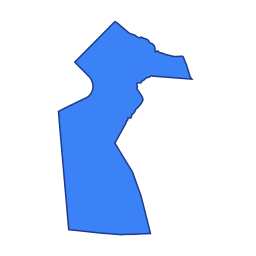 the district of Suba North, Nyanza, Kenya, rotated 265°
{"feature_id": "3690345B53890832325743", "entity_name": "Suba North", "entity_type": "district", "adm_level": 2, "iso_a3": "KEN", "parent_name": "Kenya", "parent_adm1": "Nyanza", "projection": "albers", "projection_center": [34.283, -0.505], "detail": "fine", "context": "isolated", "style": "filled", "palette": "blue", "viewbox_px": 256, "rotation_deg": 265, "n_neighbors": 0, "source": "geoboundaries", "source_scale": "gbopen_adm2", "svg_char_len": 2861}
<svg xmlns="http://www.w3.org/2000/svg" viewBox="0 0 256 256"><g transform="rotate(265 128 128)"><path d="M31.9,60.1L25.5,92.8L24.4,99.6L23.2,106.8L22.3,112.0L22.2,117.3L21.6,124.2L21.3,133.6L20.9,141.2L58.9,135.1L65.0,133.5L70.1,132.2L83.8,128.6L88.2,126.4L98.0,121.5L106.3,117.4L114.1,113.6L132.5,126.0L133.6,126.6L134.6,127.1L135.3,127.4L135.7,128.2L136.5,128.6L138.1,128.7L138.0,129.7L137.7,130.6L137.7,131.4L138.3,132.2L139.3,132.6L140.1,132.8L141.1,132.9L141.5,133.8L142.3,134.9L143.5,136.0L146.0,137.5L147.7,139.7L148.9,141.0L151.2,143.2L154.3,145.3L155.8,145.3L157.2,145.1L158.6,144.5L160.2,143.6L161.1,143.2L162.7,142.3L164.2,141.5L165.2,140.8L166.1,140.4L166.7,140.6L167.5,140.8L168.4,140.8L169.3,140.8L170.2,140.6L171.0,140.5L171.6,140.6L171.7,141.0L171.8,141.5L172.1,142.1L172.3,142.7L172.0,143.6L171.7,144.6L172.2,145.0L172.6,145.4L173.4,146.0L174.0,147.0L174.4,147.9L174.7,148.4L174.9,148.8L175.3,149.1L175.5,149.4L175.8,149.9L176.3,150.5L176.7,151.3L176.6,152.4L176.7,153.0L176.8,153.7L177.0,154.1L177.4,154.5L177.8,155.3L178.1,156.1L177.6,156.8L177.2,159.1L171.1,195.9L173.7,194.3L175.2,194.1L176.7,193.7L178.5,193.3L179.6,193.1L180.5,192.9L181.5,192.7L182.9,192.4L184.4,192.0L185.7,191.8L187.2,191.3L188.2,190.9L189.2,190.6L190.2,190.3L191.5,190.0L193.0,189.6L194.5,188.9L194.9,187.6L194.9,186.1L194.9,184.7L195.0,183.3L195.0,182.2L195.1,181.1L195.5,179.5L195.8,177.9L196.0,177.4L196.2,176.9L196.7,175.8L196.9,174.8L197.5,173.3L197.9,172.2L198.2,171.1L199.1,169.8L199.7,168.3L200.0,167.0L200.6,165.7L201.0,165.4L202.0,164.8L202.2,163.5L201.9,163.2L201.3,162.2L201.7,161.7L202.7,161.7L203.1,161.8L203.4,161.8L204.4,161.8L204.9,161.8L205.5,161.7L206.7,161.6L207.8,161.2L208.1,161.0L208.4,160.8L209.2,160.1L209.9,159.3L210.5,158.1L211.0,157.1L211.9,156.6L212.8,156.3L213.2,156.0L213.6,155.8L214.4,155.1L214.9,154.1L215.1,153.7L215.2,153.4L215.6,152.5L215.8,152.0L216.0,151.5L216.4,150.8L216.8,150.1L217.0,149.5L217.5,148.9L217.3,148.5L216.7,147.7L216.9,146.9L217.4,145.9L218.2,144.8L218.5,144.4L218.8,144.1L219.9,142.9L220.3,142.0L220.7,141.1L221.0,140.4L221.5,139.2L222.0,138.2L222.7,137.1L233.2,126.8L234.2,125.8L235.1,124.2L231.0,119.3L220.5,107.0L198.3,80.7L195.0,83.4L188.3,89.1L186.2,90.8L182.8,93.6L182.2,94.1L181.5,94.6L180.3,95.2L179.1,95.7L178.6,95.9L178.1,96.0L177.2,96.3L176.8,96.4L176.4,96.5L175.1,96.7L173.8,96.8L172.2,96.7L171.5,96.6L171.1,96.6L170.2,96.4L169.3,96.1L168.3,95.7L167.1,95.1L166.1,94.5L165.0,93.6L164.4,93.0L164.1,92.7L163.8,92.4L163.0,91.4L162.4,90.4L161.8,89.2L159.9,84.1L159.1,82.0L158.2,79.5L157.0,76.6L154.8,70.6L153.8,68.2L153.7,67.9L153.5,67.4L153.1,66.3L152.7,65.4L152.4,64.6L152.1,63.8L151.8,63.1L151.4,62.2L151.1,61.4L150.9,60.9L150.6,60.2L138.6,60.1L114.3,60.1L111.6,60.1L109.3,60.1L98.9,60.1L90.8,60.1L70.2,60.1L44.7,60.1L33.0,60.1L31.9,60.1Z" fill="#3b82f6" stroke="#1e3a8a" stroke-width="1.5"/></g></svg>